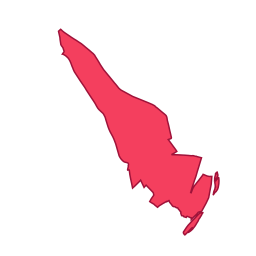 Basatin, Al Qahirah, Egypt (Natural Earth projection), rotated 228°
{"feature_id": "37247803B92056872151518", "entity_name": "Basatin", "entity_type": "district", "adm_level": 2, "iso_a3": "EGY", "parent_name": "Egypt", "parent_adm1": "Al Qahirah", "projection": "natural_earth1", "projection_center": [31.251, 29.98], "detail": "fine", "context": "isolated", "style": "filled", "palette": "rose", "viewbox_px": 256, "rotation_deg": 228, "n_neighbors": 0, "source": "geoboundaries", "source_scale": "gbopen_adm2", "svg_char_len": 5259}
<svg xmlns="http://www.w3.org/2000/svg" viewBox="0 0 256 256"><g transform="rotate(228 128 128)"><path d="M58.8,94.9L56.8,95.4L54.3,96.2L53.9,96.3L52.4,96.4L51.3,96.6L49.3,96.9L49.3,98.8L49.3,99.4L48.9,101.3L48.5,103.7L48.2,104.8L47.7,107.4L47.3,107.4L47.3,107.7L47.0,108.3L46.8,109.8L46.6,110.0L45.9,109.5L45.2,109.3L44.3,109.2L43.9,109.2L42.0,109.1L40.6,108.9L39.6,109.0L39.4,109.1L39.2,109.2L38.4,109.9L37.8,110.3L37.6,110.4L36.6,110.5L36.4,110.6L36.1,110.8L35.5,111.4L35.3,111.5L35.2,111.5L34.3,111.2L33.9,111.2L32.2,111.2L31.0,111.0L30.3,111.1L29.4,110.3L29.0,110.0L27.9,109.6L27.0,109.2L25.4,110.4L24.8,110.1L23.6,110.8L22.6,111.4L23.0,112.4L22.7,112.9L20.6,114.0L19.3,114.4L19.2,114.8L18.4,115.2L17.8,113.9L17.7,113.8L17.9,116.6L18.0,121.4L18.4,123.8L17.4,126.0L16.7,126.7L19.9,135.8L22.2,141.3L25.9,146.1L30.6,152.3L35.9,157.9L37.5,156.1L38.5,155.3L38.9,155.0L39.0,154.9L41.0,153.9L43.0,153.0L43.3,152.8L43.1,152.4L43.0,152.1L41.7,145.1L41.5,143.9L41.3,142.6L40.9,140.6L40.8,139.5L40.5,138.2L40.0,136.7L39.7,135.7L39.1,134.5L38.5,133.4L38.1,132.5L37.6,131.7L38.1,131.4L40.1,134.6L43.0,139.6L44.5,142.2L46.5,145.9L49.3,150.4L51.8,154.6L53.4,157.2L56.7,162.7L58.8,161.3L60.8,160.0L61.2,159.9L61.5,159.5L61.9,159.2L63.1,158.4L63.9,157.9L64.0,157.8L64.6,157.0L65.2,156.3L67.2,154.5L69.6,152.2L70.3,151.5L74.5,147.3L77.5,144.2L78.6,142.9L79.0,143.1L78.6,144.7L77.9,148.6L79.6,148.9L92.5,150.2L91.4,152.8L91.4,153.1L91.5,153.4L91.6,153.6L91.8,153.8L95.7,156.0L97.6,157.0L101.8,159.4L103.6,160.4L107.3,162.3L109.4,163.7L109.8,163.9L110.6,164.3L111.1,164.4L111.6,164.6L112.4,164.6L114.2,164.4L118.1,163.8L123.4,163.1L125.2,162.7L126.6,162.7L129.2,161.8L133.1,160.0L143.2,155.1L148.3,152.6L152.9,151.0L157.7,149.3L160.5,148.3L161.9,148.0L163.7,147.8L168.7,148.1L170.3,148.1L174.1,148.3L185.1,148.8L187.7,148.9L193.6,149.8L196.4,150.4L199.6,151.0L203.2,151.6L204.3,151.9L204.9,151.9L206.8,151.9L207.8,151.7L210.4,151.4L214.6,150.8L216.5,150.5L218.2,150.3L220.2,150.0L222.0,149.7L225.3,148.8L227.4,148.3L229.7,147.6L233.0,146.7L241.6,144.6L244.0,144.2L245.7,144.1L246.4,144.0L246.4,141.1L240.7,137.9L239.3,136.8L234.9,133.9L233.6,133.6L231.3,133.4L227.7,131.8L227.5,131.4L227.2,130.7L227.1,129.9L227.1,129.5L226.9,129.1L226.8,128.7L226.5,129.0L224.9,129.6L223.4,130.0L222.4,130.1L220.4,130.3L218.4,130.1L216.7,129.7L214.8,129.1L211.3,127.7L209.2,127.0L208.3,126.6L205.8,125.8L202.7,125.3L195.0,124.1L187.4,123.1L185.7,122.8L184.4,122.5L180.6,121.9L175.5,121.1L171.3,120.5L168.3,120.0L165.0,119.2L162.9,118.8L162.5,118.8L161.2,118.7L160.6,118.8L158.9,118.9L156.7,119.1L155.8,119.2L154.6,119.1L153.5,118.8L151.9,118.4L150.8,118.0L148.8,117.0L142.5,114.1L140.0,113.1L137.2,112.2L131.8,110.9L129.2,110.1L126.6,109.1L125.3,108.6L124.3,108.2L114.5,103.4L113.3,102.8L112.1,102.5L111.1,102.3L109.8,102.1L108.0,102.1L107.3,102.1L106.9,102.2L105.8,102.4L105.4,102.5L105.0,102.7L104.5,103.0L103.5,103.7L103.1,104.0L102.7,104.2L102.2,104.5L101.9,104.5L101.7,104.5L101.2,104.4L100.9,104.2L100.5,103.9L100.2,103.6L99.8,102.9L99.6,102.8L99.4,102.6L99.2,102.5L97.3,99.8L97.0,99.6L96.9,99.6L96.6,100.0L96.4,100.6L96.1,100.8L95.6,100.6L92.3,98.3L88.7,96.1L84.0,93.4L80.3,91.2L80.3,92.9L80.3,94.4L80.6,100.6L80.8,102.5L73.1,100.2L73.2,100.8L73.4,103.2L64.1,103.5L63.4,103.5L63.0,103.5L62.3,103.1L61.7,102.7L61.3,102.5L61.0,102.4L60.8,102.1L60.2,99.4L59.8,97.8L58.8,94.9ZM10.6,102.5L10.7,104.7L11.0,107.9L11.0,108.3L11.0,108.7L10.9,109.1L10.7,109.1L10.7,108.7L10.4,107.0L10.2,102.9L10.2,102.6L10.1,102.8L9.9,103.3L9.6,105.7L9.6,106.9L9.6,107.5L9.6,108.3L9.8,109.3L10.0,110.4L10.2,111.7L10.5,113.0L11.2,115.2L11.6,116.5L11.8,117.4L12.2,118.3L12.6,119.2L12.8,119.6L13.0,120.4L13.1,121.1L13.1,121.3L13.6,122.6L13.8,123.5L14.1,124.4L14.7,125.8L14.8,126.6L15.0,126.9L15.4,126.4L16.0,125.6L16.3,125.1L16.5,124.8L16.6,124.5L16.6,124.1L16.7,123.5L16.7,123.1L16.2,116.7L16.1,114.1L15.8,111.2L15.6,109.0L15.5,107.7L15.2,106.2L15.0,105.0L14.5,103.1L14.3,102.3L13.8,100.4L13.7,99.9L13.5,99.4L13.3,99.3L12.8,98.9L11.9,98.7L10.9,98.6L10.7,98.6L10.5,98.8L10.5,99.5L10.6,102.5ZM22.0,150.2L21.9,150.3L21.8,150.5L21.9,151.2L22.1,152.0L22.3,152.8L22.6,153.7L23.0,154.4L23.4,155.1L23.8,155.7L24.6,156.7L25.7,158.1L26.5,158.9L27.6,160.0L28.5,160.8L29.5,161.5L30.1,162.1L30.4,162.1L30.8,162.0L30.8,161.5L30.8,161.2L30.7,161.1L30.5,160.9L30.4,160.8L30.5,160.3L30.3,159.8L30.3,159.4L30.3,159.0L30.2,158.7L30.0,158.1L30.1,157.7L30.1,157.4L30.0,156.8L29.8,156.4L29.6,156.2L28.3,155.3L27.5,154.8L26.5,154.0L26.4,154.0L26.2,154.0L26.1,153.9L26.0,153.7L25.7,153.6L25.7,153.4L25.8,153.3L25.8,153.2L25.7,153.1L25.4,153.1L25.4,152.9L24.7,151.9L24.3,151.4L24.2,151.2L24.1,150.8L23.9,150.4L23.5,149.6L23.0,148.8L22.7,148.4L22.0,147.6L21.5,146.8L21.4,146.8L21.4,147.3L21.4,147.6L21.6,148.1L21.9,149.8L22.0,150.2ZM31.3,158.2L31.2,158.2L31.0,158.3L31.2,158.5L31.3,159.1L31.3,159.4L31.4,159.5L31.2,159.6L31.4,160.4L31.6,160.8L31.8,161.5L32.7,163.2L32.8,163.3L34.9,164.4L35.5,164.8L35.6,164.7L35.7,164.1L35.7,163.5L35.6,163.1L35.4,162.4L35.0,162.5L34.9,162.5L34.8,162.2L34.7,162.1L34.7,161.8L34.6,161.7L34.6,161.4L34.2,161.0L33.9,160.4L33.6,160.0L33.3,159.6L33.0,159.2L32.8,158.9L32.5,158.8L32.3,158.4L32.1,158.2L31.6,157.8L31.4,157.6L31.4,157.8L31.3,158.2Z" fill="#f43f5e" stroke="#9f1239" stroke-width="1.5"/></g></svg>